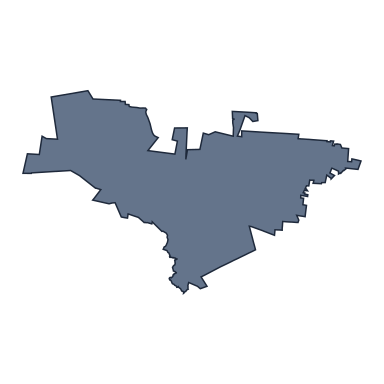 the district of Moctezuma, San Luis Potosí, Mexico
{"feature_id": "50627088B80113509958046", "entity_name": "Moctezuma", "entity_type": "district", "adm_level": 2, "iso_a3": "MEX", "parent_name": "Mexico", "parent_adm1": "San Luis Potosí", "projection": "albers", "projection_center": [-101.102, 22.707], "detail": "fine", "context": "isolated", "style": "filled", "palette": "slate", "viewbox_px": 384, "rotation_deg": 0, "n_neighbors": 0, "source": "geoboundaries", "source_scale": "gbopen_adm2", "svg_char_len": 5423}
<svg xmlns="http://www.w3.org/2000/svg" viewBox="0 0 384 384"><path d="M348.6,148.6L341.9,148.0L340.4,144.5L337.0,143.9L336.9,144.3L334.9,144.0L334.2,145.9L332.4,145.6L333.6,141.1L331.9,141.0L331.4,140.9L330.4,140.9L330.3,141.9L326.9,141.6L327.0,140.7L326.3,140.7L311.5,139.6L309.3,139.4L307.3,139.3L303.0,139.0L300.6,138.9L300.1,138.8L298.8,138.8L298.1,138.7L298.8,134.3L297.0,134.2L293.9,134.0L290.5,133.8L287.6,133.6L260.9,132.1L258.0,131.9L241.7,130.9L241.7,136.7L237.4,136.1L240.2,129.3L245.0,115.6L249.2,117.7L252.8,121.5L257.9,120.6L257.3,113.6L256.2,113.3L256.3,112.8L250.5,112.4L232.3,111.4L232.6,118.5L232.8,118.6L233.2,118.8L233.4,118.8L233.6,118.9L234.0,119.0L234.0,119.4L233.8,119.5L233.5,119.6L233.2,119.7L232.9,119.9L232.7,120.0L232.8,123.1L233.5,127.5L233.2,136.2L215.2,131.8L208.7,134.7L203.3,133.1L199.9,149.4L187.5,149.7L185.8,159.4L186.0,154.1L186.0,153.4L186.1,152.6L186.1,152.1L187.0,132.7L187.0,132.4L187.3,127.9L174.6,128.0L172.2,139.7L177.4,141.1L174.9,154.1L147.9,150.6L158.2,137.6L157.5,137.3L155.4,136.3L154.6,135.8L154.0,135.3L153.3,134.3L152.6,133.1L152.0,131.4L151.4,129.4L150.1,123.9L148.1,118.2L147.5,116.8L146.4,114.7L145.8,112.4L145.9,111.3L146.0,111.1L146.4,110.3L146.7,109.4L146.3,109.1L145.9,108.8L145.6,108.2L145.1,108.0L144.8,108.1L143.3,108.0L140.0,108.1L136.9,107.5L131.8,107.1L129.3,106.5L129.0,105.4L128.9,104.6L125.4,104.4L125.1,101.5L120.4,101.5L120.5,100.3L93.0,99.0L87.9,90.7L58.8,95.7L51.2,97.0L57.5,139.2L46.3,138.6L42.1,136.2L39.3,154.5L27.4,153.8L23.0,173.3L31.3,173.4L31.4,172.9L55.5,171.4L56.1,171.4L70.6,170.5L79.5,175.6L95.5,188.2L95.8,188.1L100.8,189.6L94.8,197.5L94.6,197.8L92.7,200.1L108.6,203.7L109.1,203.8L112.1,203.0L115.1,202.7L121.3,217.0L124.8,217.7L127.5,218.1L128.1,213.9L133.6,215.8L138.4,217.4L143.6,222.0L144.2,222.6L145.1,222.4L145.9,222.7L147.4,222.6L151.8,223.9L152.3,222.0L152.3,221.9L161.9,231.4L163.0,231.2L166.3,233.2L167.2,234.7L167.5,235.2L167.1,237.3L168.0,239.6L167.4,242.5L166.8,243.7L166.2,245.2L165.5,246.3L164.2,246.9L163.2,249.3L167.0,250.6L167.9,252.4L168.1,252.6L168.6,252.7L168.9,253.1L169.1,253.6L169.2,253.8L169.2,254.0L169.3,254.1L169.5,254.4L169.6,254.6L169.8,255.3L169.9,255.8L170.0,256.0L169.9,256.1L170.1,256.2L170.0,256.4L170.1,256.5L169.9,256.7L169.7,256.6L169.7,256.8L169.8,257.2L169.8,257.3L170.0,257.4L170.5,257.3L170.9,257.3L171.1,257.4L171.6,257.4L171.9,257.4L172.0,257.5L172.7,257.8L173.0,257.9L173.2,257.6L173.4,257.7L173.6,257.7L173.6,257.8L173.9,257.9L174.1,257.9L174.3,258.0L174.8,258.0L175.2,258.1L175.3,258.1L175.6,258.3L175.6,258.5L176.5,258.9L176.9,258.9L176.9,259.2L176.1,259.5L175.8,259.8L175.6,259.8L175.6,259.7L175.4,259.8L175.2,260.0L175.0,259.9L174.9,260.2L174.9,260.4L174.8,260.5L174.7,260.6L174.8,260.9L174.9,261.0L174.9,261.4L175.0,261.6L175.1,261.9L175.1,262.0L175.0,262.3L175.1,262.5L175.1,262.9L175.2,263.0L175.2,263.3L175.2,263.7L175.0,263.9L174.9,264.5L174.8,264.9L174.7,265.0L174.4,265.0L174.1,265.2L173.8,265.6L173.4,265.8L173.1,266.6L172.9,266.8L172.6,267.1L172.6,267.3L172.5,267.5L172.9,268.7L173.1,269.5L173.2,269.9L173.3,270.1L173.4,271.0L174.1,271.2L174.9,271.5L175.5,272.0L175.9,272.4L176.3,272.6L176.3,272.9L175.6,273.1L175.0,273.5L174.9,273.6L174.7,273.5L174.3,273.6L174.2,273.9L173.6,274.4L173.7,274.7L173.3,274.8L173.1,274.9L172.8,276.5L172.5,276.8L172.3,276.9L172.3,277.0L171.3,277.7L171.2,277.5L170.3,277.4L170.2,277.4L169.5,277.9L169.5,278.3L169.3,278.5L169.2,278.8L169.7,279.4L169.8,280.0L170.6,280.1L171.1,280.8L171.3,281.1L171.7,282.2L172.3,283.6L172.7,283.9L173.8,284.2L174.2,284.6L174.6,285.2L174.9,285.3L175.1,285.5L175.3,285.5L176.7,286.4L177.2,286.8L177.0,287.0L176.9,287.3L177.0,287.3L177.8,287.2L178.2,286.9L178.2,287.0L180.5,288.7L180.7,289.0L181.1,289.7L181.2,290.0L181.5,290.7L182.0,291.2L182.8,291.3L183.1,291.4L183.2,291.6L183.5,292.1L183.6,292.7L183.7,292.8L183.6,293.3L183.9,293.1L184.6,291.9L185.7,291.5L186.5,290.3L186.9,289.9L188.2,289.2L188.0,288.8L188.0,286.1L187.8,285.8L188.7,282.5L197.5,286.3L200.3,288.7L207.0,286.3L201.1,276.9L205.1,274.9L220.7,266.7L226.8,263.8L231.3,261.6L233.2,260.6L234.9,259.8L237.5,258.6L240.1,257.3L243.0,255.9L244.9,255.0L248.9,253.0L251.5,251.8L255.5,249.8L254.6,246.3L253.7,243.1L253.1,240.8L252.3,237.6L251.6,235.1L249.3,226.2L251.1,226.5L262.7,230.7L263.7,231.1L264.0,231.3L265.2,231.7L274.5,235.3L275.0,229.8L279.8,230.0L282.2,230.2L282.2,228.2L282.4,226.3L282.7,221.5L286.5,221.8L289.6,222.0L292.4,222.1L295.9,222.4L298.0,222.5L298.8,220.1L296.7,215.3L300.6,216.0L302.9,216.3L305.1,216.7L305.9,210.0L306.5,205.4L302.9,204.7L303.6,198.3L300.7,197.9L300.8,195.3L304.2,195.9L307.6,196.5L307.8,194.7L306.8,194.5L304.5,194.0L304.8,193.0L303.2,192.7L303.7,191.7L304.3,190.4L307.5,190.8L307.2,190.4L306.9,189.9L306.5,189.3L306.4,189.0L305.1,188.8L305.6,187.7L305.8,187.3L306.5,185.8L308.8,185.9L309.7,180.1L310.8,180.2L313.2,180.2L313.9,180.3L313.1,183.3L313.4,183.3L317.3,183.5L321.1,183.7L321.4,183.7L321.7,182.6L325.2,182.6L325.5,181.0L326.2,177.9L326.5,176.3L326.8,175.1L331.0,178.2L331.1,179.0L334.5,175.5L329.9,173.0L330.5,171.6L331.1,170.0L331.5,169.0L331.9,168.2L333.8,169.0L336.0,170.0L336.8,170.4L338.5,171.2L338.5,172.6L338.6,173.7L338.5,173.9L338.5,174.0L340.5,172.9L340.8,173.3L343.4,170.4L343.8,170.6L344.5,170.0L345.8,169.0L345.5,168.1L347.3,168.2L350.5,168.6L358.0,169.4L361.0,161.0L358.3,160.3L353.9,159.3L351.9,158.9L351.6,161.7L347.7,161.5L348.6,148.6Z" fill="#64748b" stroke="#1e293b" stroke-width="1.5"/></svg>